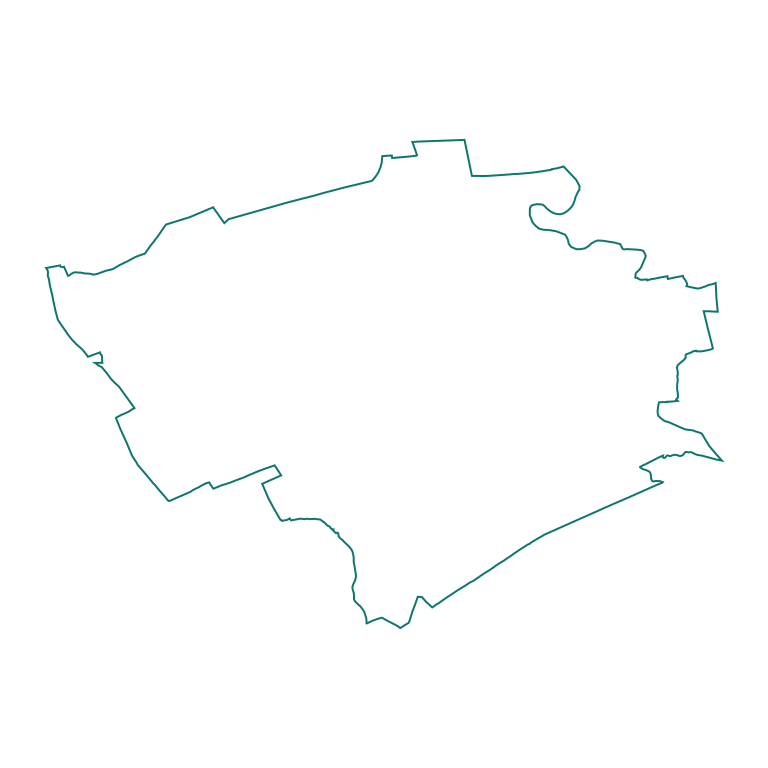 Stolniceni-Prajescu, Iasi, Romania
{"feature_id": "2599482B99499640370979", "entity_name": "Stolniceni-Prajescu", "entity_type": "district", "adm_level": 2, "iso_a3": "ROU", "parent_name": "Romania", "parent_adm1": "Iasi", "projection": "equal_earth", "projection_center": [26.758, 47.184], "detail": "fine", "context": "isolated", "style": "outline", "palette": "teal", "viewbox_px": 768, "rotation_deg": 0, "n_neighbors": 0, "source": "geoboundaries", "source_scale": "gbopen_adm2", "svg_char_len": 6082}
<svg xmlns="http://www.w3.org/2000/svg" viewBox="0 0 768 768"><path d="M366.6,623.5L371.7,621.1L376.1,619.4L381.3,617.8L382.1,617.8L388.0,621.1L395.5,624.9L398.3,626.6L400.2,628.1L408.8,622.7L409.8,620.0L412.5,611.2L414.7,605.6L417.8,596.8L422.0,597.1L426.3,602.1L428.0,603.5L431.4,606.7L432.3,607.4L437.2,603.9L439.1,603.0L440.0,602.2L446.7,597.5L451.9,594.2L457.7,590.2L466.1,585.1L469.4,582.8L474.0,580.5L475.0,579.7L479.0,577.0L481.9,574.9L486.4,572.0L488.3,570.9L494.1,567.0L495.7,565.7L499.0,563.5L504.1,560.5L506.4,558.8L511.1,555.7L514.1,553.5L521.4,548.6L528.0,544.4L529.6,543.9L531.0,542.6L538.5,538.1L542.1,536.1L544.3,534.7L613.3,504.0L629.6,497.0L653.8,486.2L662.2,482.7L662.8,482.1L660.5,481.3L659.0,481.1L656.5,480.9L653.7,481.4L652.6,481.4L652.3,481.1L651.9,480.5L651.1,478.7L650.8,474.5L650.4,473.3L649.6,471.9L649.0,471.4L647.7,470.8L645.9,470.0L643.0,469.2L641.0,468.1L640.1,467.2L640.1,466.9L643.1,465.3L645.2,464.4L659.9,456.9L663.0,455.6L662.7,456.5L662.7,457.0L663.4,457.7L664.0,457.9L664.5,457.8L665.1,457.6L666.9,455.6L668.2,455.5L669.6,456.1L670.2,456.1L671.1,455.9L672.6,455.2L674.1,454.8L675.3,454.8L677.5,455.2L678.8,455.8L679.9,456.0L681.4,455.8L682.9,455.0L685.2,452.2L686.1,451.9L688.6,452.4L690.5,452.1L691.9,452.4L695.4,454.2L696.9,454.8L698.4,455.1L701.8,455.6L716.3,459.5L721.9,460.6L716.1,454.1L709.2,446.0L707.8,443.5L706.3,441.2L702.1,434.1L701.5,433.4L697.3,431.9L694.9,431.3L693.5,430.5L685.7,429.5L683.0,428.5L679.5,427.0L669.5,422.5L664.6,421.0L661.0,418.4L658.3,415.7L657.6,412.7L657.7,409.6L658.4,404.7L659.1,402.3L662.5,402.1L667.0,402.1L667.0,401.8L672.4,401.5L677.8,400.9L677.5,400.6L676.7,400.6L676.6,400.2L676.1,400.1L676.1,399.7L676.8,398.5L677.8,397.7L678.0,397.1L677.7,392.0L677.1,389.5L677.2,383.9L677.7,381.2L677.7,378.8L677.3,376.6L677.4,375.3L677.5,375.0L677.8,374.8L677.8,373.5L677.7,371.9L677.1,368.2L676.8,367.6L677.4,366.5L677.6,365.4L680.8,362.4L683.3,360.5L685.5,358.0L685.7,357.6L685.5,355.8L685.6,355.2L686.1,354.4L688.4,353.5L691.4,352.4L692.0,352.1L692.3,351.6L693.4,351.3L696.1,350.7L696.3,351.3L700.5,351.4L701.8,351.3L708.0,350.2L711.9,349.1L712.9,348.4L707.5,327.2L703.7,311.2L709.1,311.3L709.7,311.2L711.6,311.5L717.7,311.7L716.4,297.7L715.7,283.0L712.4,284.2L710.6,284.6L708.6,285.0L705.7,286.3L700.9,287.9L698.4,288.5L697.4,288.5L691.3,287.3L686.6,286.2L687.0,285.6L687.1,284.9L687.1,284.2L686.9,283.3L686.4,282.1L685.3,280.1L683.3,277.4L683.0,275.9L674.3,277.6L667.8,279.0L667.7,278.8L667.5,276.2L660.2,277.5L654.6,278.7L652.2,279.0L648.7,279.8L647.3,280.4L646.6,279.3L645.6,279.5L641.8,279.8L640.3,279.7L638.0,278.5L637.4,277.8L635.9,277.9L635.4,277.7L635.5,274.4L636.1,272.8L638.7,270.4L640.9,267.7L645.5,257.1L645.7,255.5L643.8,251.6L643.2,250.8L642.4,250.5L640.7,250.1L636.3,249.6L626.9,249.1L624.0,249.4L622.8,248.9L621.2,246.2L620.2,244.1L614.0,242.5L602.4,240.7L597.6,240.5L594.4,241.7L591.3,243.5L588.7,246.0L585.1,248.3L580.3,249.2L576.4,249.2L571.3,247.0L568.8,244.0L568.0,240.1L566.6,236.9L565.0,234.6L556.6,231.4L553.7,230.8L548.6,230.0L543.8,229.8L539.1,228.7L535.4,225.6L532.6,222.4L529.8,215.4L529.9,208.2L531.2,205.8L532.6,205.1L534.5,204.6L537.2,204.2L540.4,204.3L542.9,204.8L544.5,206.0L547.0,208.7L550.9,211.7L554.4,213.4L556.5,213.9L560.1,214.3L563.8,213.3L567.2,211.1L570.3,208.3L572.6,205.4L573.9,202.5L574.7,200.2L575.4,197.4L578.3,191.2L579.4,189.9L579.5,186.1L578.0,183.1L575.9,179.5L563.6,166.5L556.6,168.4L551.9,169.1L551.8,169.6L545.2,170.8L533.6,172.5L522.9,173.5L517.3,173.9L513.7,174.0L510.0,174.4L492.7,175.6L490.1,175.8L484.0,176.0L471.9,175.9L464.5,139.9L417.7,141.6L412.4,142.0L417.0,155.0L416.4,155.7L407.1,156.7L392.1,158.0L391.8,155.5L382.3,156.1L381.8,161.7L381.5,163.5L380.4,167.5L378.4,172.3L376.3,175.6L373.9,178.7L372.4,180.4L371.4,181.0L344.3,187.5L324.1,192.8L315.4,195.3L291.6,201.4L283.2,203.7L229.6,218.9L229.0,218.9L224.3,223.1L213.1,207.3L189.9,217.1L166.1,224.5L165.6,225.1L161.8,230.5L158.0,236.1L154.8,240.1L154.1,241.4L152.9,242.7L150.3,245.9L146.5,251.3L144.9,253.6L138.5,255.8L134.9,257.3L127.0,261.5L119.8,265.0L113.1,268.9L110.5,269.7L106.4,270.6L97.5,273.8L93.4,274.7L92.5,274.4L91.6,274.1L90.3,273.8L88.2,273.6L84.3,273.4L81.4,272.7L74.7,272.3L73.0,272.9L70.9,274.1L69.4,275.4L68.0,275.8L64.0,266.7L62.5,267.1L61.2,266.9L60.6,266.6L60.2,266.0L60.1,265.4L47.4,267.8L46.1,268.0L47.2,269.5L47.8,270.9L47.9,271.5L48.0,272.9L47.8,274.5L47.8,275.9L48.9,279.1L49.8,285.0L52.2,295.0L53.2,300.3L55.7,311.7L57.8,319.6L60.1,323.2L68.6,335.4L72.3,340.0L76.3,344.2L82.6,349.7L86.7,354.9L87.9,356.8L92.7,355.0L100.0,352.4L100.2,353.7L101.9,355.6L102.3,362.8L95.1,362.9L96.5,363.8L97.7,365.0L98.7,365.6L100.2,366.4L101.6,366.9L107.3,373.8L110.5,378.3L114.3,382.5L117.0,384.8L119.1,386.8L134.5,408.1L133.4,408.8L131.9,409.4L129.0,411.5L126.2,412.8L121.2,415.0L116.2,417.6L116.0,418.0L120.1,428.4L126.8,443.1L132.1,455.8L136.4,462.4L137.8,465.0L146.5,475.1L153.3,483.4L154.4,484.4L159.7,490.8L164.1,495.7L168.0,500.6L169.2,501.1L190.7,491.7L193.2,489.9L199.3,487.0L200.4,486.2L205.8,483.3L209.3,482.4L210.1,484.1L213.4,488.7L222.2,485.1L226.3,483.9L231.0,482.3L236.3,480.2L243.8,477.5L247.2,475.9L257.5,471.5L265.6,468.5L274.7,465.4L281.2,475.4L262.2,483.8L268.4,498.3L273.7,508.2L280.4,519.8L281.2,519.9L281.8,520.8L282.8,520.8L284.5,520.3L286.5,520.1L288.5,519.2L289.7,518.4L291.1,520.4L299.6,518.8L301.4,518.7L304.5,519.2L307.5,518.7L309.0,519.1L312.7,519.0L314.0,518.8L315.3,518.9L317.3,519.3L320.2,519.5L325.0,523.0L326.8,525.1L327.6,525.6L328.9,526.1L329.7,526.8L331.4,528.9L333.4,529.4L332.9,530.2L336.0,533.2L337.6,532.6L338.3,533.7L338.6,535.0L338.5,536.1L340.4,538.5L342.7,540.2L343.7,541.4L349.4,546.9L351.4,549.5L352.0,550.6L352.6,552.1L352.9,553.7L353.5,556.0L353.7,557.8L353.7,562.0L354.6,566.7L355.2,570.7L355.9,574.3L355.9,577.2L355.5,578.8L354.8,581.0L352.9,585.1L352.6,586.3L352.4,587.4L352.6,589.2L353.7,592.8L353.9,593.6L354.0,599.4L354.8,601.0L355.5,601.8L357.7,604.0L360.2,606.2L361.0,607.1L364.1,611.5L364.7,613.1L365.1,614.7L366.2,617.9L366.5,621.1L366.6,622.7L366.5,623.4L366.6,623.5Z" fill="none" stroke="#0f766e" stroke-width="2"/></svg>